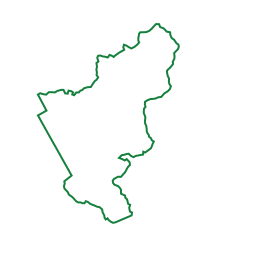 Mariana Pimentel, Rio Grande do Sul, Brazil, rotated 60°
{"feature_id": "56859067B12281818567155", "entity_name": "Mariana Pimentel", "entity_type": "district", "adm_level": 2, "iso_a3": "BRA", "parent_name": "Brazil", "parent_adm1": "Rio Grande do Sul", "projection": "orthographic", "projection_center": [-51.582, -30.296], "detail": "fine", "context": "isolated", "style": "outline", "palette": "green", "viewbox_px": 256, "rotation_deg": 60, "n_neighbors": 0, "source": "geoboundaries", "source_scale": "gbopen_adm2", "svg_char_len": 2538}
<svg xmlns="http://www.w3.org/2000/svg" viewBox="0 0 256 256"><g transform="rotate(60 128 128)"><path d="M55.9,122.8L57.6,123.5L59.4,124.2L61.8,126.3L64.1,127.0L66.4,128.7L69.2,128.5L70.5,131.1L70.8,133.4L72.2,136.4L73.9,139.6L72.3,143.1L71.6,146.3L72.2,148.4L71.9,150.8L72.6,152.8L71.4,155.1L72.7,158.2L71.1,159.5L69.7,157.8L67.9,158.6L65.9,160.8L68.1,163.0L66.6,165.1L64.6,164.9L62.7,164.8L61.5,166.9L60.6,170.6L60.6,173.6L59.0,175.9L57.4,178.7L58.2,182.2L56.1,184.7L54.0,186.7L54.0,189.3L72.2,189.9L72.1,199.7L97.2,200.1L109.2,200.2L133.5,200.5L141.0,200.6L142.3,209.8L144.7,210.7L146.2,212.5L148.7,213.3L150.8,212.8L153.5,212.2L156.3,212.5L158.0,211.6L160.4,210.6L163.2,210.0L165.3,209.6L167.4,208.5L168.8,206.2L170.2,205.2L171.4,203.4L170.3,201.1L172.2,199.6L174.7,198.7L176.4,197.4L178.6,195.6L180.6,194.2L182.5,192.1L185.7,191.1L188.1,192.1L192.0,192.3L194.0,193.2L196.1,193.0L196.0,190.9L197.8,190.8L200.1,190.0L202.6,188.4L203.4,186.1L205.5,168.6L203.2,166.8L201.3,168.1L197.6,166.8L195.7,164.6L193.7,165.8L189.4,164.5L187.0,165.2L185.1,164.3L181.4,166.9L177.8,164.9L175.7,165.0L173.4,165.7L170.1,168.2L168.1,168.4L165.9,167.5L165.1,165.5L165.2,161.0L166.8,158.5L165.5,154.7L164.8,152.5L162.8,149.4L161.7,147.4L161.0,144.8L158.4,143.7L154.3,144.7L154.5,147.0L152.4,148.3L149.4,150.7L148.4,147.0L149.3,144.7L149.8,142.3L150.6,140.3L153.6,139.4L155.9,137.9L156.1,135.1L157.7,130.5L158.5,128.2L156.2,126.6L157.8,125.4L157.5,122.3L157.0,118.2L155.8,116.6L154.2,114.8L152.6,112.4L150.5,113.5L148.5,113.2L146.0,114.1L144.4,113.5L142.4,113.7L140.5,113.5L138.2,112.3L135.2,111.1L132.6,110.9L130.3,109.7L127.4,107.6L125.1,107.1L123.0,106.9L121.2,105.8L119.2,104.4L118.5,102.3L115.8,101.5L113.8,100.1L113.7,97.0L114.2,94.0L115.1,92.2L116.2,89.5L116.5,86.6L117.7,83.6L116.2,79.3L116.1,75.2L115.1,72.0L113.1,69.9L110.7,70.2L108.2,69.4L105.7,67.7L103.1,67.6L100.3,66.8L97.9,65.6L97.2,63.7L96.9,61.7L95.9,58.9L95.1,57.0L93.0,56.1L91.3,53.3L88.9,51.7L86.2,50.6L84.6,45.1L82.7,43.1L80.8,42.7L78.9,43.6L77.1,43.8L74.7,43.9L72.0,45.2L69.0,44.9L66.1,43.7L63.9,46.3L62.0,46.7L59.6,47.3L58.2,48.4L56.6,49.7L53.6,49.2L52.0,51.8L53.1,55.5L53.9,57.8L54.5,60.7L54.1,64.2L52.6,67.1L51.2,69.5L51.9,71.3L53.5,72.5L55.3,74.1L57.2,75.3L59.5,75.6L60.5,78.6L61.0,82.0L60.8,85.3L58.3,86.9L55.5,88.4L53.9,89.9L55.7,91.7L58.4,92.2L58.4,95.1L58.3,97.8L58.6,100.3L58.8,103.0L59.3,104.9L57.3,105.9L55.5,107.4L56.8,110.3L54.8,112.2L53.3,114.2L51.4,115.7L50.5,117.8L51.8,119.5L53.8,120.0L55.7,120.4L55.9,122.8Z" fill="none" stroke="#15803d" stroke-width="2"/></g></svg>